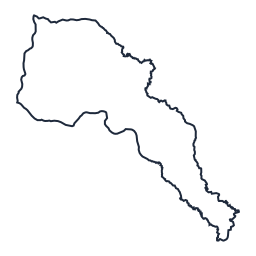 Santuario, Risaralda, Colombia (Mercator projection)
{"feature_id": "7082276B9908924507903", "entity_name": "Santuario", "entity_type": "district", "adm_level": 2, "iso_a3": "COL", "parent_name": "Colombia", "parent_adm1": "Risaralda", "projection": "mercator", "projection_center": [-75.953, 5.022], "detail": "fine", "context": "isolated", "style": "outline", "palette": "slate", "viewbox_px": 256, "rotation_deg": 0, "n_neighbors": 0, "source": "geoboundaries", "source_scale": "gbopen_adm2", "svg_char_len": 5860}
<svg xmlns="http://www.w3.org/2000/svg" viewBox="0 0 256 256"><path d="M238.5,210.4L236.4,210.4L235.4,210.9L235.1,210.6L235.0,209.1L232.5,208.6L232.9,207.8L232.4,207.3L231.4,207.6L230.8,207.4L230.9,206.7L230.1,206.1L229.8,205.2L228.9,206.0L228.2,205.9L227.6,204.9L227.3,203.5L226.3,203.3L226.4,202.7L227.2,202.4L225.9,200.9L225.6,201.0L224.9,202.2L223.8,202.1L222.9,201.2L222.1,200.9L218.9,201.0L218.5,200.4L218.0,196.8L219.1,195.1L219.1,194.3L218.8,194.0L216.3,193.1L211.8,193.7L211.2,191.9L208.5,192.3L206.3,190.5L206.4,190.1L207.1,189.5L205.9,189.0L205.8,188.7L207.2,188.2L206.9,187.8L205.7,187.5L206.5,186.5L205.8,184.8L206.9,184.3L206.8,183.5L204.8,180.5L202.0,179.2L201.4,178.4L201.5,175.8L200.7,174.5L201.3,172.4L201.2,168.7L200.8,168.2L199.2,168.2L198.4,166.2L197.4,165.5L197.8,163.8L197.1,162.4L195.3,160.3L195.5,160.0L194.7,159.4L193.8,155.4L194.8,154.1L194.9,152.8L194.8,151.4L194.2,150.0L194.5,146.9L193.5,145.8L193.4,143.9L194.5,141.3L194.5,140.5L195.3,139.9L195.4,138.6L196.0,137.9L195.7,136.3L195.8,131.3L194.1,126.3L192.7,125.2L189.8,123.9L187.1,123.2L185.3,121.8L185.0,121.4L185.0,120.2L183.5,118.3L183.2,115.8L181.7,114.3L181.2,112.8L178.5,111.9L176.8,110.8L177.5,109.4L176.6,108.1L175.4,107.8L172.8,109.1L170.4,108.6L169.9,107.7L169.3,105.6L167.8,105.5L166.5,104.5L166.2,102.6L165.5,101.6L165.5,100.5L164.6,100.4L162.7,101.5L161.4,100.7L160.7,100.7L159.2,102.1L158.4,101.3L158.4,100.1L157.2,99.1L155.4,98.7L152.2,97.2L150.8,97.8L147.4,95.5L147.2,94.6L147.6,93.7L146.4,92.5L146.2,91.3L145.4,89.9L145.4,88.3L145.9,88.1L146.6,88.4L146.8,87.6L147.9,86.1L147.9,84.1L148.3,84.5L149.0,84.4L148.5,84.0L148.9,83.4L149.8,83.1L150.2,82.5L150.6,82.4L150.6,81.9L149.7,82.0L149.3,79.4L149.5,78.7L150.5,78.7L151.4,78.1L151.5,76.5L151.0,75.6L151.3,73.9L150.7,73.4L150.8,71.6L151.9,71.6L153.0,70.6L153.0,70.1L154.8,68.7L155.0,68.3L154.3,67.9L154.2,67.0L152.6,63.9L151.0,63.8L150.4,63.3L151.2,62.4L150.8,61.7L151.3,60.8L150.4,60.5L149.9,59.6L149.4,59.7L149.2,60.2L148.0,60.4L147.3,60.2L145.6,60.7L144.5,59.9L143.9,61.3L143.1,61.4L141.5,62.9L140.7,62.3L139.9,62.3L139.7,61.7L138.4,60.7L137.8,59.2L136.8,59.2L135.7,58.3L134.8,58.6L134.0,57.9L133.4,58.3L132.7,58.1L132.3,57.2L130.7,56.3L129.6,54.0L128.8,54.3L127.8,53.7L126.9,54.4L127.1,54.8L128.6,55.0L128.7,55.3L128.7,55.5L127.3,56.3L126.2,56.1L125.3,56.4L123.7,56.1L123.9,54.6L122.9,54.0L121.7,52.3L122.2,51.4L122.0,50.1L122.4,48.8L123.4,47.7L123.2,46.7L121.3,46.4L120.6,45.5L118.7,44.7L117.9,43.8L116.3,43.8L114.9,41.7L114.8,40.0L113.7,37.9L111.1,35.6L110.1,34.1L108.4,33.5L107.9,32.8L107.1,32.9L107.1,32.2L105.9,30.4L104.9,29.9L103.3,28.0L102.5,27.8L101.9,26.9L100.7,26.5L99.4,25.4L98.1,23.3L95.5,20.5L92.0,20.2L89.6,19.5L85.4,18.9L81.5,19.1L79.0,19.9L76.6,20.2L73.2,19.5L70.6,19.4L68.1,20.4L66.4,20.5L62.7,19.6L58.5,21.3L56.3,22.7L54.9,21.8L51.0,22.4L48.6,20.2L48.2,19.3L47.7,19.1L45.8,18.6L43.2,17.3L39.7,18.4L38.7,18.4L37.0,16.6L34.1,15.4L33.6,16.2L33.3,19.1L34.2,22.0L35.6,24.4L35.7,31.4L35.0,33.1L33.0,35.3L32.3,37.8L32.3,39.8L32.9,42.9L32.8,45.9L32.5,46.8L31.2,48.2L30.2,48.5L27.9,50.3L26.2,51.1L24.5,53.4L24.1,60.3L23.5,63.2L23.6,67.1L23.9,69.2L25.3,73.5L25.3,74.3L24.5,75.5L22.8,76.0L21.7,77.3L21.2,79.7L22.3,84.0L22.1,86.8L21.4,88.7L18.6,91.7L18.7,92.7L17.3,94.9L17.1,97.7L17.7,101.0L17.2,102.5L19.5,103.2L21.1,104.3L24.1,107.8L25.9,108.9L27.4,110.2L31.7,115.7L34.6,118.5L37.4,120.1L40.7,120.1L41.6,119.7L43.7,120.7L45.1,121.0L47.5,120.9L49.4,120.6L50.8,121.2L54.3,120.7L58.0,121.1L61.0,122.2L65.7,124.9L72.1,126.2L73.6,125.6L74.4,123.3L78.7,118.6L80.3,116.3L81.5,115.5L83.2,113.4L83.9,113.0L85.4,112.4L86.7,112.3L89.9,113.1L95.3,113.2L98.3,112.7L100.1,111.4L101.8,111.1L103.7,111.3L105.7,112.0L106.3,112.9L107.1,118.1L104.9,120.9L104.9,124.1L106.0,125.8L108.5,128.2L109.5,130.4L111.8,132.4L113.8,133.5L115.2,133.8L117.2,133.7L123.7,131.0L125.7,129.1L131.0,129.4L132.4,129.8L134.2,131.0L135.8,133.2L136.6,135.6L137.2,141.3L138.9,146.9L138.7,149.8L139.6,152.9L140.9,154.8L142.5,156.5L147.6,159.1L148.8,160.3L150.5,160.5L151.7,161.4L152.5,161.2L153.3,161.7L154.8,161.9L156.0,162.9L156.6,162.4L157.4,162.7L158.3,162.5L158.5,163.2L159.3,162.5L159.7,162.7L160.9,164.1L160.4,165.2L161.8,165.9L161.8,166.8L162.3,167.5L161.8,167.9L162.3,168.8L161.8,170.2L161.9,172.7L162.2,173.7L161.9,174.5L162.1,175.1L161.9,176.6L163.6,177.9L164.1,178.7L165.1,179.1L165.0,179.7L165.8,180.8L166.7,181.3L167.7,181.1L169.3,181.6L169.7,182.7L170.8,183.0L173.1,185.5L174.7,185.5L176.0,188.2L178.0,189.1L178.8,190.8L179.7,191.9L181.0,195.8L181.2,197.5L180.1,198.3L180.5,199.2L180.9,199.5L181.6,199.3L181.8,199.7L182.5,199.8L183.7,200.9L185.5,200.0L186.8,200.5L187.2,201.1L187.2,202.6L188.7,203.5L188.5,204.8L188.7,205.4L189.3,205.7L190.1,205.5L190.3,206.3L191.1,206.1L191.6,207.3L192.7,207.6L193.6,207.4L193.6,207.7L193.0,208.3L193.3,209.2L194.5,209.3L194.1,208.5L195.1,208.8L195.6,208.2L196.3,208.1L197.6,208.3L197.6,208.6L198.1,209.0L197.8,209.6L198.5,210.8L199.2,210.5L199.2,211.1L200.5,211.5L200.1,212.3L200.2,212.8L201.8,213.2L201.8,213.6L200.9,213.6L200.7,214.1L201.0,214.6L201.4,214.3L201.7,214.5L201.5,215.0L201.8,215.6L201.4,216.0L201.7,216.6L203.5,218.8L204.4,218.7L205.1,218.1L206.6,218.7L206.7,219.1L207.4,219.7L207.4,220.2L207.9,220.6L208.4,222.0L209.5,223.2L209.5,224.8L210.2,224.3L211.0,224.4L211.3,225.0L212.2,225.3L212.7,225.8L213.2,225.8L215.4,226.7L216.8,226.5L217.3,226.9L217.8,228.0L217.4,229.3L218.1,229.5L217.1,232.5L219.0,233.9L218.0,235.3L218.0,237.3L217.2,237.6L217.0,238.1L217.1,240.4L217.8,240.6L218.6,240.5L219.5,239.2L220.0,239.0L222.7,240.4L223.7,240.6L225.9,239.6L226.9,238.8L227.6,237.6L228.0,235.7L228.4,230.2L230.8,229.7L231.0,226.9L232.9,226.2L233.9,225.2L233.1,222.0L232.3,221.4L230.4,220.8L229.9,219.7L230.2,219.3L231.3,219.5L232.4,219.2L235.1,216.7L235.3,216.0L234.0,214.8L233.9,214.0L234.8,213.2L238.8,212.0L238.9,211.5L238.5,210.4Z" fill="none" stroke="#1e293b" stroke-width="2"/></svg>